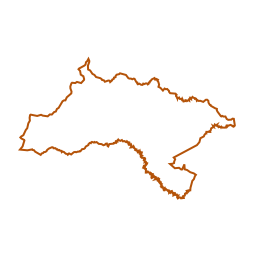 La Jagua De Ibirico, Cesar, Colombia, rotated 187°
{"feature_id": "7082276B29749803006962", "entity_name": "La Jagua De Ibirico", "entity_type": "district", "adm_level": 2, "iso_a3": "COL", "parent_name": "Colombia", "parent_adm1": "Cesar", "projection": "robinson", "projection_center": [-73.393, 9.559], "detail": "fine", "context": "isolated", "style": "outline", "palette": "amber", "viewbox_px": 256, "rotation_deg": 187, "n_neighbors": 0, "source": "geoboundaries", "source_scale": "gbopen_adm2", "svg_char_len": 5726}
<svg xmlns="http://www.w3.org/2000/svg" viewBox="0 0 256 256"><g transform="rotate(187 128 128)"><path d="M175.7,191.8L176.7,189.3L177.7,188.2L177.9,185.8L178.8,184.7L183.9,181.0L184.3,180.3L182.5,178.8L181.4,175.2L178.6,173.9L177.5,171.2L177.5,170.4L180.0,166.9L184.3,167.5L185.8,166.2L189.0,166.1L189.6,165.4L190.3,162.2L190.0,160.3L188.5,157.3L188.5,155.4L192.5,151.0L193.5,147.8L194.7,147.7L196.2,146.6L199.3,139.5L200.9,138.2L201.6,135.6L203.3,134.8L205.2,132.1L207.3,131.9L209.1,129.8L214.1,129.9L215.9,130.5L219.6,128.9L226.2,129.4L226.8,128.8L226.9,126.1L226.3,123.3L227.5,120.5L228.0,115.5L229.2,113.6L231.0,108.1L232.9,106.6L233.7,105.5L232.6,104.6L229.6,103.5L229.3,103.0L230.4,96.8L232.6,93.4L225.1,93.6L220.5,95.1L220.2,94.6L218.6,94.5L217.3,93.2L211.4,90.7L210.6,92.2L209.3,92.7L208.6,93.8L207.3,94.1L206.1,95.0L205.5,96.5L203.8,98.1L201.0,99.7L199.7,99.4L199.4,98.8L197.5,99.1L196.2,98.0L195.5,98.3L194.5,97.4L193.4,97.8L192.7,97.2L191.2,97.2L190.8,96.0L190.1,96.6L188.7,96.4L186.7,94.9L185.4,94.9L184.5,94.1L183.4,95.6L181.2,94.8L178.9,97.3L177.6,97.8L176.5,97.6L174.8,98.5L173.8,98.5L173.1,99.2L172.4,99.1L171.0,101.4L169.3,101.8L168.3,102.7L167.7,104.4L165.3,106.2L165.3,107.0L164.2,108.5L163.0,108.4L162.7,109.4L162.1,109.8L160.2,109.4L159.6,110.0L159.0,109.6L157.4,110.2L155.1,108.7L152.3,108.8L150.3,107.9L148.9,108.5L148.3,109.6L147.1,110.0L146.1,107.7L145.4,107.3L144.6,109.8L140.4,110.7L140.3,111.4L139.1,111.5L138.6,112.8L137.7,112.1L137.4,112.8L137.8,113.4L137.0,113.4L137.3,114.0L136.5,115.1L136.3,114.6L135.7,114.9L134.0,114.3L132.6,115.3L131.4,114.1L130.1,114.6L128.3,113.8L128.1,114.2L127.5,114.0L127.3,114.6L126.9,114.3L126.9,114.7L126.0,113.0L125.9,113.5L125.2,113.6L125.2,114.6L124.4,112.5L124.5,111.5L123.2,111.4L122.9,111.9L122.3,110.8L123.0,109.0L122.5,109.1L121.8,110.2L120.6,109.4L120.2,110.4L118.7,108.2L117.4,107.9L118.0,107.0L116.0,106.3L115.5,106.7L115.1,106.0L114.6,106.4L114.8,105.7L115.5,105.6L115.3,105.0L113.3,105.6L111.3,105.5L111.6,104.0L112.3,105.0L112.3,104.3L113.0,103.7L110.8,102.4L112.0,101.7L111.8,100.9L110.4,100.0L109.7,100.5L108.6,100.0L107.8,100.3L107.4,99.9L108.1,98.9L107.5,98.6L108.2,97.7L106.9,97.0L107.2,96.0L106.1,96.4L105.8,94.8L105.4,95.6L104.7,95.4L105.1,94.2L106.2,93.4L106.4,92.2L107.0,92.7L107.6,92.5L107.9,91.1L106.6,91.8L107.5,90.3L106.5,89.7L106.4,90.6L105.7,89.4L105.2,89.5L104.9,85.9L104.1,86.0L104.2,87.0L103.3,86.8L103.0,87.2L101.9,86.3L100.6,86.5L100.1,85.9L100.7,85.5L100.5,85.1L99.5,85.8L99.0,85.1L98.4,85.2L98.8,84.4L98.2,84.3L98.4,83.7L97.8,83.6L98.7,82.9L98.7,81.5L98.3,81.2L96.5,82.9L96.4,83.4L95.9,82.8L96.2,82.2L95.3,82.1L94.8,82.4L94.9,82.8L94.4,82.7L94.1,82.1L94.4,81.4L95.1,81.9L94.3,80.9L94.7,80.4L93.4,80.9L92.4,80.7L92.0,81.9L90.9,81.3L91.2,80.4L90.8,79.9L92.0,79.9L92.2,79.4L90.5,78.6L90.5,78.0L89.6,77.2L89.2,77.4L89.3,78.1L88.8,78.1L88.7,76.6L87.7,76.4L88.2,75.4L86.9,74.4L87.6,73.9L87.1,73.7L87.3,73.2L86.1,73.0L85.5,72.2L84.8,72.7L84.9,71.7L84.2,71.4L84.9,70.8L84.6,70.5L83.9,70.7L83.4,72.4L80.8,70.5L80.6,71.1L79.7,71.0L79.3,68.7L78.5,69.6L78.0,68.9L77.4,69.6L77.6,70.5L76.8,70.8L76.5,70.0L76.9,69.4L75.6,69.3L75.9,68.9L75.5,68.3L74.4,68.2L74.5,67.6L74.3,67.8L74.3,68.5L73.7,68.8L73.7,67.6L73.1,68.2L72.7,67.4L71.7,67.8L71.3,67.1L71.0,67.9L70.5,68.0L71.0,67.6L70.8,66.9L69.9,67.1L70.8,65.3L70.0,64.2L68.3,65.5L66.9,65.1L66.8,64.7L66.0,64.8L65.3,66.5L64.7,66.0L64.9,65.2L64.1,65.3L64.6,67.2L63.4,67.9L63.4,69.8L62.6,70.4L61.0,70.0L62.1,71.0L61.4,72.1L62.0,72.8L60.3,73.5L60.0,72.7L59.4,73.6L58.6,73.7L58.7,76.2L57.7,83.4L56.4,85.2L55.7,88.4L54.9,89.8L57.2,91.0L60.8,91.7L64.2,93.5L66.7,93.9L67.6,98.8L69.2,93.5L70.1,93.3L72.5,94.7L76.6,93.8L81.9,97.4L79.6,97.9L78.0,98.8L78.1,100.2L77.4,102.8L79.0,104.3L57.5,119.4L55.4,122.7L54.9,126.7L51.7,128.9L51.3,130.5L50.0,132.4L49.6,132.3L49.7,133.7L46.3,134.1L46.8,134.7L45.7,135.4L45.4,137.8L43.8,139.0L43.7,139.7L43.2,139.5L43.7,140.3L42.9,139.9L42.3,142.0L41.2,141.2L40.0,142.2L40.4,141.1L39.6,140.8L39.3,141.1L38.3,140.0L37.9,140.5L37.7,140.1L36.1,140.3L35.8,139.9L35.5,140.7L34.3,139.9L31.6,140.2L30.7,141.3L30.5,142.5L30.0,142.7L29.3,142.4L29.3,141.9L28.8,142.6L26.4,143.6L24.1,142.4L24.1,142.9L22.7,142.7L22.3,143.6L24.1,150.0L25.4,150.0L26.5,148.9L29.5,148.3L31.1,149.0L32.7,151.3L34.4,151.0L36.0,151.5L36.5,150.9L37.2,151.0L41.2,155.2L42.0,156.4L42.1,157.8L43.9,158.2L48.4,160.1L48.8,160.9L49.6,160.9L51.2,163.0L51.6,164.8L52.9,165.7L54.2,165.5L56.5,163.1L59.5,163.8L61.3,163.5L62.4,164.1L63.0,163.4L63.9,165.3L65.1,165.1L65.2,165.8L66.8,166.0L67.6,166.6L67.8,166.1L68.7,165.9L68.3,165.7L69.1,164.9L69.0,164.5L70.0,165.1L70.0,164.4L70.9,164.0L70.6,162.7L71.3,163.1L72.6,162.0L72.9,162.5L74.4,162.6L74.4,161.7L76.2,161.1L77.8,163.7L78.1,162.7L78.7,163.3L80.2,163.2L81.0,164.4L81.5,163.9L82.4,164.0L82.5,163.4L82.7,163.9L83.8,164.0L83.1,164.1L83.1,164.5L84.1,165.3L84.4,166.5L83.9,166.9L85.0,167.9L90.4,167.7L91.7,169.0L91.8,169.8L93.9,171.5L95.1,171.1L96.5,171.6L97.9,169.4L100.7,171.8L102.8,172.6L102.4,174.8L103.5,177.4L104.5,178.4L104.1,179.5L105.9,180.2L106.3,180.1L106.4,179.4L107.0,179.3L107.8,180.8L110.5,179.0L110.9,177.9L111.8,177.2L112.0,175.9L112.8,175.7L112.9,174.4L113.7,173.7L114.3,174.4L115.6,174.5L117.2,173.6L118.3,173.9L118.8,172.6L120.2,172.5L122.2,173.4L123.5,172.6L124.3,173.3L124.3,174.3L125.4,174.7L127.5,177.6L128.4,177.7L129.7,176.9L131.1,177.4L132.6,177.2L133.7,177.5L136.5,180.4L142.6,181.3L143.3,180.4L145.8,179.5L146.7,177.9L146.6,176.9L148.1,176.3L148.1,175.1L149.6,174.1L149.6,173.3L151.3,171.4L152.0,172.7L153.4,172.7L156.6,171.1L157.8,172.4L159.6,172.5L160.2,173.4L161.7,174.1L165.9,174.7L167.8,176.6L169.9,177.4L172.6,180.5L174.7,181.2L175.4,184.9L174.5,188.8L174.6,189.9L175.7,191.8Z" fill="none" stroke="#b45309" stroke-width="2"/></g></svg>